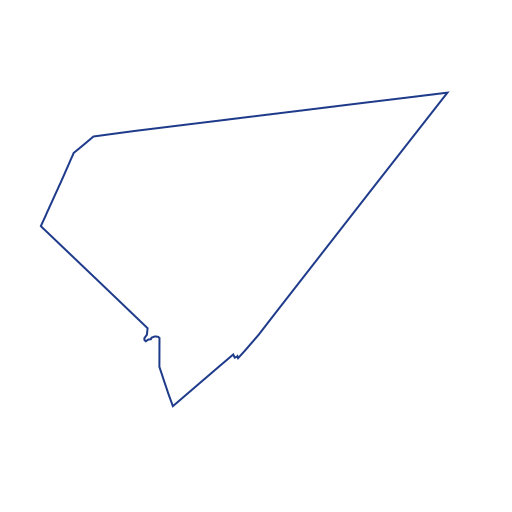 outline of Ad Dabbah, Northern, Sudan, rotated 173°
{"feature_id": "16777658B45906237385518", "entity_name": "Ad Dabbah", "entity_type": "district", "adm_level": 2, "iso_a3": "SDN", "parent_name": "Sudan", "parent_adm1": "Northern", "projection": "natural_earth1", "projection_center": [31.506, 17.537], "detail": "fine", "context": "isolated", "style": "outline", "palette": "blue", "viewbox_px": 512, "rotation_deg": 173, "n_neighbors": 0, "source": "geoboundaries", "source_scale": "gbopen_adm2", "svg_char_len": 1196}
<svg xmlns="http://www.w3.org/2000/svg" viewBox="0 0 512 512"><g transform="rotate(173 256 256)"><path d="M465.9,311.9L463.7,309.1L408.3,241.5L392.3,221.9L372.4,197.5L373.9,191.1L376.8,188.1L376.9,186.0L375.7,184.8L374.6,185.4L373.1,186.2L370.5,186.2L369.6,187.7L366.0,188.5L363.0,187.7L361.8,186.4L365.4,157.8L362.5,143.3L359.8,130.1L356.8,117.1L304.5,151.9L290.6,161.0L289.5,157.7L287.1,158.4L286.7,158.8L286.2,156.8L278.3,163.6L263.3,177.2L243.3,197.4L169.5,271.4L135.5,305.5L47.2,393.7L46.1,394.8L128.0,394.9L155.6,394.9L213.6,394.9L251.4,394.9L311.7,394.9L311.8,394.9L320.6,394.9L330.2,394.9L360.3,394.9L370.2,394.8L388.5,394.6L402.6,394.4L402.8,394.4L406.3,392.1L412.9,387.8L424.1,380.7L424.5,380.4L424.8,379.9L424.9,379.7L425.1,379.3L425.2,379.1L425.3,378.8L425.5,378.6L426.1,377.5L426.3,377.3L426.4,377.1L427.3,375.6L429.0,372.8L430.3,370.5L431.9,367.9L432.0,367.6L433.4,365.4L436.6,359.9L440.1,354.1L440.9,352.7L441.8,351.3L442.0,350.9L442.2,350.7L442.5,350.2L445.9,344.6L446.6,343.5L451.3,335.8L452.4,334.0L454.3,330.9L454.6,330.4L455.0,329.8L455.1,329.6L455.2,329.4L455.3,329.3L455.3,329.2L457.8,325.2L459.8,321.8L465.9,311.9Z" fill="none" stroke="#1e3a8a" stroke-width="2"/></g></svg>